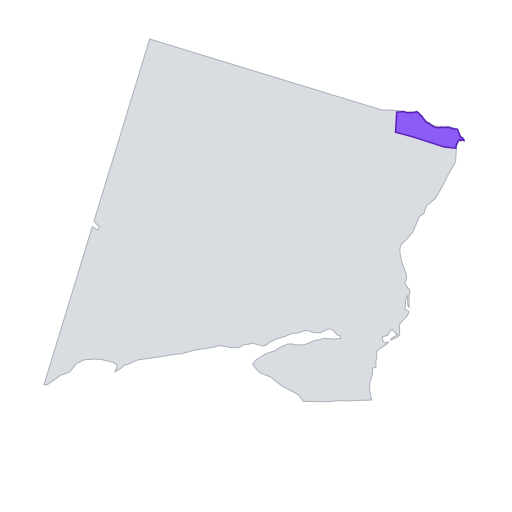 Salloum, Matruh, Egypt shown in context, rotated 107°
{"feature_id": "37247803B99889104547734", "entity_name": "Salloum", "entity_type": "district", "adm_level": 2, "iso_a3": "EGY", "parent_name": "Egypt", "parent_adm1": "Matruh", "projection": "mercator", "projection_center": [25.027, 30.642], "detail": "fine", "context": "in_parent", "style": "filled", "palette": "violet", "viewbox_px": 512, "rotation_deg": 107, "n_neighbors": 0, "source": "geoboundaries", "source_scale": "gbopen_adm2", "svg_char_len": 4757}
<svg xmlns="http://www.w3.org/2000/svg" viewBox="0 0 512 512"><g transform="rotate(107 256 256)"><path d="M441.1,421.1L431.1,421.1L421.1,421.1L411.2,421.1L401.2,421.1L391.2,421.1L381.2,421.1L371.3,421.1L361.3,421.1L351.3,421.1L341.3,421.1L331.4,421.1L321.4,421.1L311.4,421.1L301.4,421.1L291.5,421.1L281.5,421.1L275.8,421.1L276.8,418.2L277.4,416.1L276.7,414.7L274.8,414.3L273.5,414.8L270.5,420.9L269.0,421.1L265.4,421.1L253.8,421.1L242.2,421.1L230.6,421.1L219.0,421.1L207.3,421.1L195.7,421.1L184.1,421.1L172.5,421.1L160.9,421.1L149.3,421.1L137.7,421.1L126.1,421.1L114.4,421.1L102.8,421.1L91.2,421.1L79.6,421.1L79.6,413.7L79.6,406.3L79.6,398.9L79.6,391.5L79.6,384.1L79.6,376.7L79.6,369.2L79.6,361.8L79.6,354.3L79.6,346.8L79.6,339.3L79.6,331.8L79.6,324.3L79.6,316.8L79.6,309.2L79.6,301.7L79.6,294.1L79.6,286.5L79.6,278.9L79.6,271.3L79.6,263.7L79.6,256.0L79.6,248.3L79.6,240.7L79.6,233.0L79.6,225.2L79.6,217.5L79.6,209.8L79.6,202.0L79.6,194.2L79.6,186.4L79.6,178.6L79.3,177.2L77.6,171.9L76.1,165.1L74.4,156.7L74.2,154.0L71.4,145.4L71.2,143.0L71.9,141.2L76.5,133.9L77.9,130.4L79.0,126.1L79.4,122.7L78.1,117.4L76.5,112.6L75.9,107.7L75.7,102.8L78.1,99.5L80.9,96.5L81.9,94.6L83.6,92.4L84.8,91.4L87.0,95.8L91.8,96.5L107.3,92.7L124.5,96.5L134.0,98.0L148.5,101.3L157.4,107.2L159.8,107.9L166.2,107.8L170.4,111.3L187.0,113.0L195.9,116.8L201.0,119.8L204.0,120.8L206.7,120.6L210.3,119.5L214.8,117.3L219.8,114.3L230.1,106.7L233.7,105.3L236.1,105.7L239.0,105.6L240.2,103.5L241.7,102.1L242.6,100.4L244.2,98.5L249.6,97.9L260.3,94.6L259.1,96.2L249.3,99.9L253.5,100.4L257.8,99.1L262.7,98.3L263.5,96.7L264.2,93.7L265.1,93.3L268.5,93.8L278.5,98.5L281.0,98.5L288.1,96.0L289.6,95.5L291.9,96.9L297.1,102.6L295.3,102.5L289.7,97.6L289.2,100.0L286.0,104.4L290.0,106.2L293.3,106.9L295.0,109.3L296.1,111.5L299.3,110.5L301.6,107.6L300.4,106.0L299.6,104.3L300.6,104.3L302.8,105.7L309.2,111.2L311.3,112.3L313.8,112.1L319.0,110.6L320.4,110.8L327.3,108.8L328.2,110.3L329.3,111.7L334.9,110.1L343.7,110.1L350.8,108.3L359.2,103.9L359.8,103.3L360.3,104.4L361.3,107.3L363.8,114.9L366.0,120.8L368.7,129.0L369.5,132.2L369.9,134.3L373.8,143.3L376.1,150.7L377.9,156.6L380.2,165.3L381.3,168.3L379.6,169.9L376.2,175.5L372.6,193.4L367.4,207.2L366.8,215.9L366.0,219.0L363.5,223.4L360.5,227.7L355.2,225.4L346.5,217.9L341.5,210.7L336.1,206.1L330.9,200.0L329.5,195.5L329.6,192.7L327.4,185.7L325.7,182.4L319.5,175.0L317.7,171.0L316.3,169.3L314.9,166.8L312.7,157.1L310.2,150.9L307.4,152.6L307.9,155.2L305.4,158.8L303.9,163.0L305.1,166.4L310.2,171.5L311.2,173.8L312.4,178.6L312.2,185.2L313.0,187.5L316.8,192.4L318.2,195.3L319.0,197.8L320.3,200.0L324.1,204.3L329.5,212.4L334.7,217.8L338.4,220.4L340.0,223.1L340.4,229.8L340.1,233.0L343.4,239.1L344.6,242.2L347.8,244.7L349.2,247.5L350.6,252.1L352.6,265.8L355.3,269.1L363.8,287.0L371.0,298.2L374.5,306.6L379.7,316.8L390.1,339.0L396.3,345.9L398.7,349.7L403.2,352.7L408.0,357.0L403.4,356.5L402.3,356.8L400.6,357.5L399.9,360.1L399.5,362.2L400.1,373.4L401.4,379.1L405.4,389.8L408.4,393.0L409.9,395.1L412.0,396.6L421.6,400.3L427.2,408.0L439.8,417.7L441.1,420.4L441.1,421.1Z" fill="#d9dde1" stroke="#a8b0b8" stroke-width="1"/><path d="M94.5,96.4L94.4,96.4L94.1,96.4L93.5,96.6L93.2,96.7L92.9,96.8L92.4,96.9L91.8,96.9L91.6,96.8L91.2,96.8L90.5,96.8L89.9,96.8L89.1,96.7L88.4,96.6L87.8,96.5L87.1,96.3L86.6,96.2L85.9,96.0L85.7,95.8L85.4,95.4L85.2,95.2L85.1,94.8L85.1,94.7L85.3,94.6L85.5,94.5L85.7,94.3L85.6,94.2L85.4,94.0L85.4,93.7L85.2,93.2L85.0,92.9L84.9,92.7L84.9,92.4L84.8,92.2L84.7,91.9L84.8,91.5L84.8,91.3L84.7,91.4L84.7,91.2L84.6,90.9L84.4,91.0L84.2,91.0L83.8,91.8L83.3,92.2L82.9,92.7L82.9,92.8L82.8,93.0L82.6,93.4L82.6,93.5L82.4,94.9L82.1,95.5L79.1,97.7L78.7,98.0L78.3,98.4L77.9,98.8L76.0,100.3L75.9,100.7L76.0,101.5L76.1,102.2L76.1,102.3L76.1,102.5L76.3,102.8L76.6,103.2L76.8,103.9L76.8,104.1L76.8,105.4L76.5,107.9L76.5,108.8L76.6,109.4L76.6,109.5L76.7,110.2L76.9,110.7L77.4,111.6L77.9,112.7L78.2,113.7L78.4,114.5L78.6,115.4L78.8,116.1L79.0,116.8L79.7,117.9L79.8,118.9L79.9,119.3L80.1,120.3L80.3,121.1L80.6,121.9L80.7,122.3L80.5,122.9L80.2,123.5L80.1,123.9L80.1,124.5L79.9,125.3L79.7,125.8L79.6,126.3L79.6,126.8L79.4,127.7L79.0,128.4L78.6,129.0L78.4,129.4L78.5,129.9L78.6,131.0L78.5,131.7L78.4,131.9L77.9,132.9L77.7,133.4L77.4,133.7L76.7,134.3L76.5,134.7L76.3,135.2L76.0,135.8L75.8,136.1L75.5,136.5L74.7,137.4L74.0,138.0L73.7,138.4L73.5,138.7L73.3,139.2L73.2,139.8L73.1,140.1L73.0,140.5L72.7,141.0L72.4,141.4L72.0,142.0L71.8,142.5L71.5,143.0L71.3,143.4L71.1,143.9L71.0,144.3L70.9,144.6L72.2,146.3L72.7,146.9L73.0,147.8L73.3,148.9L73.7,149.9L73.7,150.0L74.1,151.3L74.6,153.0L75.0,153.9L75.0,154.4L74.9,155.3L74.6,156.8L76.1,160.5L77.3,163.5L96.6,158.8L96.8,158.8L96.2,139.8L96.7,110.7L96.8,108.4L94.5,96.4Z" fill="#8b5cf6" stroke="#5b21b6" stroke-width="1.5"/></g></svg>